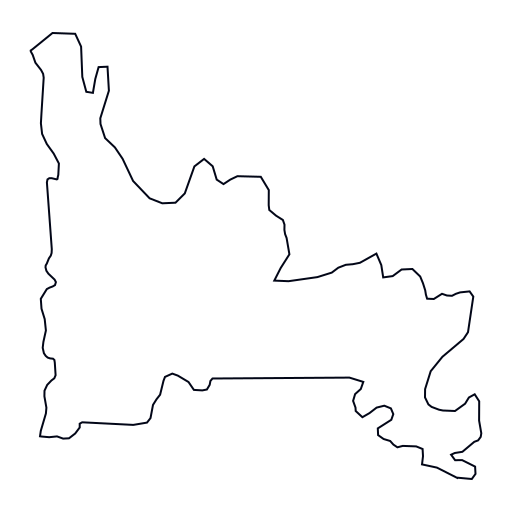 the border of Ogun
{"feature_id": "NGA-2852", "entity_name": "Ogun", "entity_type": "State", "adm_level": 1, "iso_a3": "NGA", "parent_name": "Nigeria", "parent_adm1": "", "projection": "natural_earth1", "projection_center": [3.522, 7.137], "detail": "fine", "context": "isolated", "style": "outline", "palette": "ink", "viewbox_px": 512, "rotation_deg": 0, "n_neighbors": 0, "source": "natural_earth", "source_scale": "10m", "svg_char_len": 2562}
<svg xmlns="http://www.w3.org/2000/svg" viewBox="0 0 512 512"><path d="M56.8,179.4L57.5,178.9L57.7,177.3L58.3,174.9L58.9,163.5L53.7,153.6L46.8,144.0L42.1,133.9L40.9,123.3L41.4,114.4L43.7,77.7L43.1,73.8L41.0,69.9L35.4,62.7L32.7,54.9L30.8,51.5L30.7,50.5L32.3,49.4L52.5,33.0L75.2,33.8L81.1,46.6L82.3,76.9L86.3,91.8L92.9,92.9L95.3,78.9L98.6,67.1L107.5,66.7L108.9,90.7L100.3,118.3L100.5,124.0L105.1,138.1L114.9,147.4L122.6,158.8L133.1,181.0L149.6,198.3L162.3,203.3L175.5,202.7L184.8,193.4L194.4,166.4L204.1,158.9L212.7,166.3L216.7,179.6L223.5,184.1L230.3,179.6L237.4,176.2L260.8,176.8L268.8,190.1L268.7,205.2L269.3,210.0L276.1,215.7L282.9,220.0L284.5,224.7L284.4,229.9L285.1,234.1L286.6,238.0L289.4,254.3L280.7,268.0L274.3,280.6L288.5,281.2L317.4,277.1L331.8,272.6L338.3,267.7L345.8,264.8L352.8,264.2L359.9,262.8L376.4,253.6L381.3,265.1L383.2,277.4L392.7,276.1L401.6,269.5L412.4,269.0L420.2,276.5L423.0,283.3L425.2,290.3L425.9,294.6L427.1,298.7L433.8,299.0L442.0,293.8L446.9,295.5L452.0,295.8L455.9,293.8L460.1,292.4L469.6,291.4L473.3,296.6L468.0,332.2L463.5,339.0L442.4,356.8L430.7,371.2L425.1,389.1L425.0,397.4L428.4,404.4L431.6,406.9L439.0,409.7L442.9,410.5L455.0,411.0L465.1,403.7L468.9,397.5L474.7,394.3L479.2,401.3L479.1,420.6L481.3,433.3L480.7,436.9L478.1,440.4L474.3,441.8L462.4,451.8L454.8,453.0L451.1,454.7L455.1,460.2L462.1,460.1L475.1,466.6L475.5,473.9L471.8,479.0L457.6,477.7L457.4,478.0L436.9,467.6L422.0,464.4L422.1,463.7L423.0,456.2L422.6,449.0L416.2,446.4L402.8,445.9L397.4,447.3L393.4,444.6L390.2,441.0L383.6,439.0L378.1,435.1L377.8,428.4L391.3,419.8L393.3,414.1L390.9,408.4L384.3,405.7L376.6,407.6L369.5,413.1L362.4,417.2L355.7,411.0L355.5,407.6L353.1,400.9L355.1,394.1L360.8,389.0L363.3,381.9L349.4,377.6L212.5,378.5L210.4,381.0L209.7,384.8L206.9,389.5L202.3,390.4L193.9,389.9L188.5,382.0L177.8,375.6L172.3,373.6L165.0,376.9L163.5,380.8L160.1,394.7L156.5,399.3L153.0,404.9L150.5,418.1L147.0,422.6L133.3,424.9L82.2,422.3L79.7,423.7L79.7,427.5L75.2,433.5L69.0,438.3L63.1,438.6L57.0,436.4L49.2,437.2L41.3,436.5L40.0,436.3L40.8,430.8L41.6,428.1L45.9,413.5L46.4,407.7L44.4,396.3L44.5,390.7L47.2,384.9L51.4,380.5L54.3,378.3L55.6,375.2L54.8,362.7L54.4,360.0L53.0,358.7L50.1,358.4L47.7,357.6L45.7,355.9L43.9,353.2L42.7,347.8L43.4,341.9L45.9,330.5L44.7,319.1L41.5,308.7L40.8,298.8L46.8,289.1L49.6,287.6L52.6,286.5L55.0,285.1L55.9,282.1L54.6,279.6L48.4,273.7L46.4,270.8L45.5,267.3L45.7,265.4L46.8,263.6L48.9,258.4L50.8,255.6L51.6,253.0L51.8,249.3L46.9,182.4L47.5,179.4L49.3,178.2L51.7,178.2L56.8,179.4Z" fill="none" stroke="#020617" stroke-width="2"/></svg>